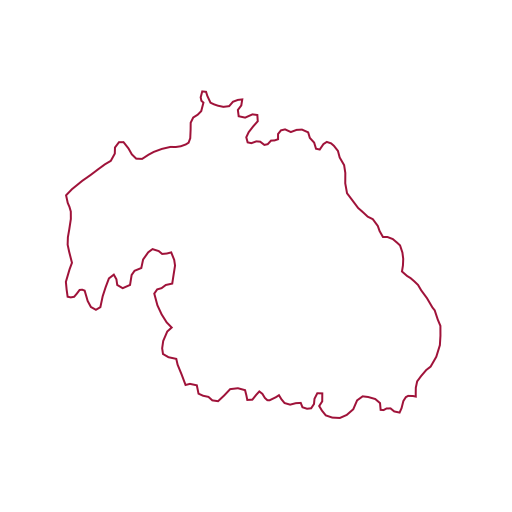 the district of Smarhon, Grodno, Belarus, rotated 282°
{"feature_id": "67162791B9257777977100", "entity_name": "Smarhon", "entity_type": "district", "adm_level": 2, "iso_a3": "BLR", "parent_name": "Belarus", "parent_adm1": "Grodno", "projection": "natural_earth1", "projection_center": [26.399, 54.505], "detail": "fine", "context": "isolated", "style": "outline", "palette": "rose", "viewbox_px": 512, "rotation_deg": 282, "n_neighbors": 0, "source": "geoboundaries", "source_scale": "gbopen_adm2", "svg_char_len": 3064}
<svg xmlns="http://www.w3.org/2000/svg" viewBox="0 0 512 512"><g transform="rotate(282 256 256)"><path d="M109.4,228.4L108.3,233.3L108.3,238.8L105.7,243.3L106.1,249.1L113.0,253.9L120.4,258.4L122.9,265.8L122.5,273.2L117.8,275.5L113.4,277.4L114.7,282.3L120.3,285.1L124.2,287.4L122.5,290.9L119.0,294.2L117.3,297.1L117.7,299.3L122.0,304.8L124.6,307.4L121.2,310.6L118.1,314.5L117.7,320.3L120.3,325.5L121.6,330.3L117.7,332.9L117.2,337.7L118.5,341.6L123.3,343.5L128.5,342.9L134.5,344.5L135.4,349.4L127.6,351.0L122.4,349.0L118.5,352.6L114.6,357.4L113.8,364.2L115.0,371.7L119.4,377.8L126.3,383.0L135.8,384.9L140.9,389.5L141.4,395.0L140.9,402.4L137.9,407.9L131.4,409.9L131.8,412.8L134.0,415.4L134.9,419.3L132.7,423.5L132.7,429.0L137.4,430.0L144.8,430.3L149.1,431.9L150.8,433.9L151.7,438.7L151.7,441.5L155.3,440.7L160.4,439.7L166.9,439.7L173.0,442.5L180.0,446.3L184.1,449.8L194.9,453.3L207.0,454.4L216.3,453.0L226.0,450.9L231.6,447.0L240.0,442.1L242.3,439.3L250.3,432.0L256.8,424.7L261.4,420.5L264.2,416.0L266.5,411.8L267.9,407.9L271.2,402.0L277.2,401.7L280.9,401.1L283.8,400.6L289.8,398.5L296.3,394.7L298.2,391.5L301.0,386.3L301.9,380.7L301.0,376.2L306.1,371.7L310.7,368.9L316.3,362.6L317.7,357.1L320.9,351.8L324.2,345.9L331.2,337.9L336.3,332.0L345.6,328.2L355.8,326.1L363.2,323.3L369.7,317.4L375.8,314.3L379.9,309.4L380.1,309.1L381.8,306.0L382.3,301.5L379.5,298.7L373.4,296.2L373.4,292.4L379.0,289.3L382.7,284.1L387.8,281.3L389.2,274.7L387.8,269.5L384.5,264.3L385.9,258.1L384.1,254.3L379.9,252.2L374.8,253.3L372.9,250.1L372.0,246.7L367.8,244.2L366.4,241.1L368.7,236.3L368.2,232.5L365.4,228.0L365.4,224.2L370.1,221.8L375.6,223.1L382.2,226.3L388.2,229.7L394.2,228.0L393.8,223.1L389.1,216.6L389.1,210.0L395.1,207.9L400.2,210.3L406.3,210.0L404.9,205.8L402.1,201.4L397.0,198.6L395.1,193.1L395.1,187.5L395.6,183.4L396.5,179.6L402.5,175.1L406.2,173.0L405.8,169.2L399.7,168.9L396.5,170.3L395.1,172.7L386.3,172.3L382.1,169.6L378.4,165.8L372.8,164.4L365.8,165.8L357.5,167.2L352.8,166.5L350.5,164.1L347.7,159.6L345.9,154.8L344.9,149.6L341.2,141.7L336.6,134.4L332.8,129.9L327.3,124.4L326.3,118.6L329.6,113.4L334.7,108.9L339.2,103.5L339.8,102.7L338.8,98.3L332.8,95.5L326.8,96.6L318.9,94.2L314.3,89.2L308.4,83.9L301.0,77.5L293.5,70.5L283.1,62.1L275.9,57.6L268.8,60.8L265.3,63.3L261.0,65.6L253.7,67.2L243.4,67.8L235.2,68.1L227.9,69.4L221.4,72.3L211.1,77.4L204.2,76.4L191.2,75.4L183.9,77.7L177.0,80.2L177.0,83.4L178.3,86.6L181.8,88.5L186.1,90.5L186.9,93.0L186.5,95.6L181.3,98.4L177.0,100.7L171.8,105.1L170.1,110.6L173.6,114.4L184.8,114.4L194.2,115.4L203.5,116.8L208.2,120.8L204.2,124.3L198.8,126.3L196.8,132.3L201.5,138.8L211.6,138.3L216.3,140.3L220.4,146.3L229.1,146.3L237.2,149.8L241.2,153.3L240.6,159.8L238.5,163.8L239.9,168.3L241.9,172.3L235.2,176.8L229.8,178.8L220.3,179.3L211.6,179.8L208.9,173.8L204.9,170.3L202.8,166.3L198.1,164.3L187.3,169.8L179.3,175.8L172.5,182.4L168.5,188.4L163.7,184.9L153.6,182.9L146.2,183.4L140.8,185.4L138.8,191.4L138.8,199.4L133.4,201.9L124.6,207.9L115.2,213.9L117.2,218.0L117.2,225.0L109.4,228.4Z" fill="none" stroke="#9f1239" stroke-width="2"/></g></svg>